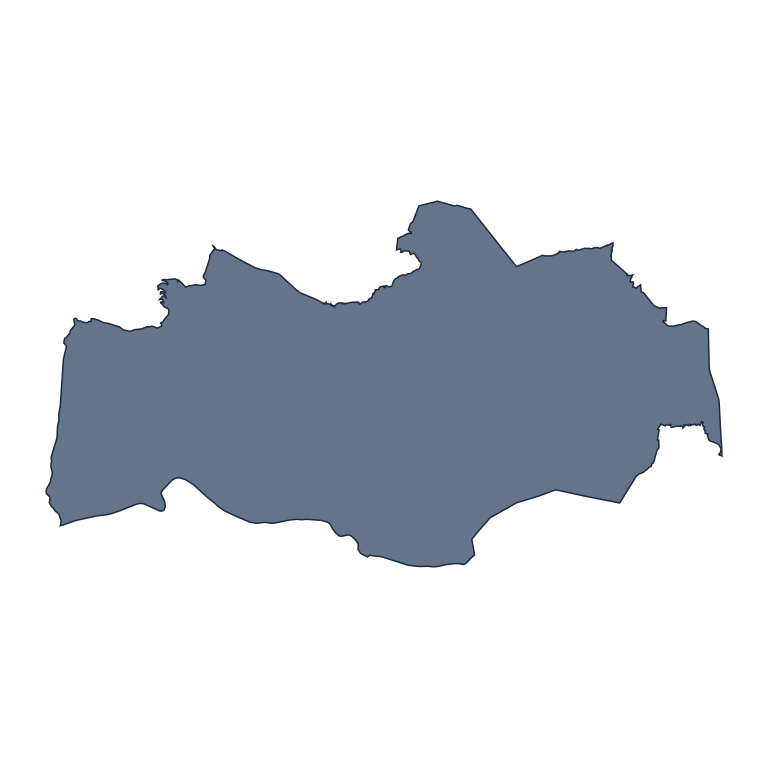 Zapotlán del Rey, Jalisco, Mexico
{"feature_id": "50627088B65473420567883", "entity_name": "Zapotlán del Rey", "entity_type": "district", "adm_level": 2, "iso_a3": "MEX", "parent_name": "Mexico", "parent_adm1": "Jalisco", "projection": "mercator", "projection_center": [-102.928, 20.466], "detail": "fine", "context": "isolated", "style": "filled", "palette": "slate", "viewbox_px": 768, "rotation_deg": 0, "n_neighbors": 0, "source": "geoboundaries", "source_scale": "gbopen_adm2", "svg_char_len": 6071}
<svg xmlns="http://www.w3.org/2000/svg" viewBox="0 0 768 768"><path d="M60.3,525.8L66.3,523.9L75.6,520.5L96.9,515.9L107.4,514.6L111.3,513.7L119.0,511.1L136.3,504.2L139.4,503.5L142.1,503.5L144.6,504.1L159.7,511.0L162.1,511.1L163.9,510.1L165.3,506.4L164.9,502.9L163.9,499.6L161.1,494.0L161.3,492.3L162.9,489.9L171.9,480.3L173.6,479.2L176.3,478.0L178.8,477.8L184.7,479.2L193.0,484.3L208.7,498.5L215.5,503.8L217.3,505.7L224.6,510.9L234.7,515.7L249.9,522.2L256.9,523.3L264.5,522.3L271.5,523.3L273.9,523.2L289.6,520.0L297.1,519.3L301.6,519.7L306.6,519.3L321.3,520.4L327.1,522.1L329.4,523.4L331.3,526.1L332.6,528.9L335.6,532.8L339.1,536.0L341.7,536.3L347.8,534.9L349.9,535.3L351.6,536.2L355.2,539.5L358.0,543.7L358.3,545.1L358.0,548.3L358.3,549.8L360.4,553.0L361.7,554.1L367.6,556.8L369.9,555.1L371.3,555.6L381.5,556.7L408.3,565.3L419.3,566.5L428.2,566.3L433.4,566.8L437.8,566.5L446.2,564.6L454.8,563.6L458.9,563.6L462.4,564.4L464.2,564.4L466.5,562.9L470.6,558.5L474.6,554.9L471.8,539.3L477.1,532.7L490.2,517.7L516.8,502.7L539.5,495.8L555.6,489.8L584.1,496.0L619.7,503.0L628.1,489.4L628.2,488.4L628.7,488.4L636.3,476.2L638.9,474.1L643.7,472.1L647.6,468.9L648.6,467.5L651.1,466.5L651.8,464.0L652.9,463.3L654.0,461.1L656.9,450.6L658.7,448.2L659.0,446.5L658.7,440.2L657.4,440.0L659.1,429.8L657.9,429.4L657.7,429.1L660.8,424.1L665.4,425.9L666.3,424.7L669.0,425.2L669.8,424.2L670.1,424.3L670.7,425.0L670.4,425.5L671.0,426.1L671.1,427.3L672.2,427.4L672.4,427.1L677.5,426.1L680.4,426.3L680.6,425.9L683.3,426.6L683.0,427.8L684.6,426.4L684.1,424.9L685.8,425.1L686.1,424.5L686.5,424.4L688.4,425.7L689.3,424.4L690.3,425.6L690.9,425.4L691.1,424.6L692.7,424.9L694.7,424.1L696.1,425.4L696.8,425.4L697.8,424.4L698.5,424.3L700.0,425.5L701.6,421.7L703.0,422.4L702.4,424.8L703.2,426.4L704.3,426.8L703.9,429.0L705.1,431.2L705.2,433.4L707.9,434.2L707.4,435.8L709.2,440.5L715.7,443.0L717.8,444.0L719.1,445.2L720.8,448.2L721.0,449.6L720.4,452.3L718.8,454.5L719.8,455.4L721.3,455.5L721.9,456.0L721.7,446.1L721.1,440.1L719.1,401.7L718.7,399.3L717.0,393.6L709.9,371.7L709.2,368.2L708.3,328.9L705.2,328.3L703.6,326.6L702.2,326.2L696.0,321.6L693.9,321.2L691.4,321.2L690.4,321.9L687.9,322.2L682.6,324.0L681.8,324.8L680.4,324.6L678.1,325.0L674.9,325.8L674.8,326.2L668.0,325.9L663.5,322.0L663.1,322.0L663.2,320.5L665.9,320.9L666.5,307.7L661.1,307.7L660.4,308.6L659.4,308.5L659.1,307.9L653.9,305.7L643.4,292.5L641.3,292.2L640.5,284.8L636.0,288.1L634.3,287.1L632.6,287.0L633.2,284.0L633.6,283.7L633.2,281.9L630.3,282.0L630.6,279.0L631.9,276.9L631.4,276.5L632.6,275.0L631.1,275.5L627.3,275.6L627.0,275.3L627.6,274.5L611.4,260.2L611.4,256.1L610.8,256.1L612.3,250.1L611.5,249.8L613.0,245.9L612.9,242.6L607.5,245.7L607.3,245.6L607.4,245.1L599.9,248.4L597.7,247.6L595.3,247.5L591.2,248.9L588.9,248.3L586.2,248.6L585.0,248.2L578.1,250.3L576.7,249.4L575.6,249.7L574.6,251.1L570.6,251.2L569.2,250.7L564.0,252.0L561.5,251.9L559.8,251.2L558.3,252.8L558.6,253.3L552.0,255.8L546.2,255.9L541.8,255.4L539.8,256.6L516.5,266.7L470.7,209.0L467.1,208.3L457.2,205.3L454.4,206.0L437.4,201.2L418.9,205.9L412.8,221.9L410.6,223.4L408.9,228.1L408.4,230.1L409.6,231.3L411.0,232.1L411.3,233.5L408.6,233.2L404.7,235.0L403.4,236.1L401.2,236.6L399.5,237.7L397.9,238.2L396.5,249.9L400.3,248.9L401.0,250.0L400.7,252.3L402.4,252.2L404.7,250.5L405.7,250.9L409.4,251.3L410.4,254.6L413.3,253.3L414.7,253.8L416.9,257.8L418.0,258.4L419.1,261.0L421.2,262.7L421.1,264.5L419.9,267.5L418.8,269.2L416.6,269.6L414.9,270.9L413.6,271.1L411.9,272.8L410.5,273.5L407.8,273.8L405.6,275.2L403.1,274.8L399.2,276.2L396.9,278.1L394.9,279.2L393.1,282.5L391.9,286.2L388.3,286.9L386.5,285.6L385.9,285.9L385.3,285.7L384.3,286.3L385.0,287.3L384.9,287.7L383.9,287.4L383.1,286.1L379.6,287.2L378.4,289.7L375.4,289.7L375.5,290.7L374.6,291.9L374.0,294.0L373.3,293.4L373.1,293.6L371.8,297.4L371.1,298.2L369.4,298.7L368.2,300.7L366.2,301.9L364.3,301.9L362.0,302.4L360.1,304.2L359.5,304.2L358.8,302.4L357.3,302.0L350.2,302.5L345.3,303.8L345.3,303.3L342.8,304.0L342.7,302.9L338.6,303.0L336.4,304.1L335.7,305.5L334.2,305.8L334.4,306.7L333.8,306.2L334.0,305.5L333.7,305.4L332.8,306.0L331.0,304.0L331.0,305.1L329.9,304.3L326.7,303.4L326.2,302.3L325.9,303.4L324.3,303.2L325.1,303.8L324.1,303.9L316.4,299.5L300.2,292.8L297.0,290.5L279.9,274.8L278.1,273.7L267.5,270.7L260.9,269.6L255.5,268.0L242.0,260.9L224.7,251.1L222.1,249.9L221.8,250.7L216.9,249.9L215.9,249.2L214.1,246.5L213.1,245.9L214.7,249.2L213.7,249.7L209.8,255.3L209.7,258.5L207.7,264.8L204.9,273.0L203.5,275.3L203.3,277.1L204.4,278.8L205.8,280.0L205.1,284.4L201.0,285.4L195.2,284.8L188.0,286.2L185.7,287.1L178.8,280.1L177.8,281.5L177.6,280.2L177.2,279.7L175.1,278.9L166.4,279.7L164.8,279.5L161.4,280.0L163.8,280.7L166.8,282.1L167.7,282.8L168.0,283.8L167.4,284.7L166.9,283.9L165.9,283.5L162.5,283.0L160.1,284.1L157.7,286.1L158.3,288.2L157.9,289.8L158.2,289.9L159.9,288.4L161.2,288.5L164.7,290.8L165.5,292.7L162.0,291.5L161.2,291.6L160.7,292.1L160.4,293.9L161.2,293.4L163.4,294.0L165.5,295.7L166.1,297.3L164.5,296.1L162.4,296.2L161.6,297.1L160.8,298.6L160.0,299.0L159.6,299.6L161.5,299.1L162.5,299.2L164.2,303.3L162.1,301.6L160.6,302.3L160.6,303.0L162.2,304.2L164.5,307.2L167.9,308.5L169.0,310.4L168.5,314.5L164.1,319.7L162.6,322.3L161.0,322.6L160.7,323.4L161.4,324.4L161.8,325.8L161.6,326.3L157.3,328.0L152.4,326.2L151.6,326.2L150.0,327.0L147.0,326.7L141.5,328.9L134.4,329.7L130.1,331.4L123.5,330.0L119.6,327.0L108.4,323.4L103.2,322.5L98.1,320.0L93.4,318.7L91.2,318.7L91.0,321.5L88.7,321.5L87.5,322.6L84.2,322.5L82.3,322.0L80.3,320.9L78.9,321.0L77.5,320.3L76.7,318.8L76.0,318.3L74.8,318.4L73.9,319.3L74.2,322.3L74.8,324.4L74.6,325.3L70.1,330.9L70.2,332.5L69.5,333.6L65.4,338.3L64.6,338.4L63.8,342.9L65.9,345.4L66.4,346.7L63.4,359.3L60.3,405.7L58.8,414.0L58.9,420.5L57.6,425.5L57.0,437.8L51.4,456.3L51.1,458.3L51.6,460.7L50.8,466.0L52.2,472.3L52.3,474.0L51.7,476.4L50.6,479.1L50.6,481.2L49.6,483.5L46.5,488.8L46.1,491.3L46.4,493.7L49.6,496.7L50.0,498.7L49.3,502.4L50.2,504.4L52.2,507.4L53.4,508.2L54.5,510.2L55.8,511.6L57.1,512.4L58.9,514.4L61.2,520.8L60.3,525.8Z" fill="#64748b" stroke="#1e293b" stroke-width="1.5"/></svg>